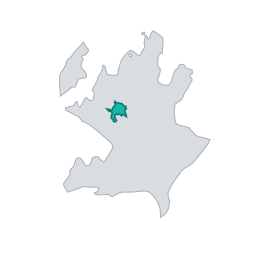 Ağdam highlighted on a map of Azerbaijan, rotated 74°
{"feature_id": "AZE-1691", "entity_name": "Ağdam", "entity_type": "District", "adm_level": 1, "iso_a3": "AZE", "parent_name": "Azerbaijan", "parent_adm1": "", "projection": "equal_earth", "projection_center": [47.008, 40.009], "detail": "fine", "context": "in_parent", "style": "filled", "palette": "teal", "viewbox_px": 256, "rotation_deg": 74, "n_neighbors": 0, "source": "natural_earth", "source_scale": "10m", "svg_char_len": 4031}
<svg xmlns="http://www.w3.org/2000/svg" viewBox="0 0 256 256"><g transform="rotate(74 128 128)"><path d="M172.9,204.0L172.0,204.0L165.0,205.7L163.5,205.1L157.4,197.2L156.2,196.4L153.6,196.0L152.1,194.7L150.8,192.6L150.1,191.0L143.9,186.8L143.0,185.2L142.8,183.8L143.7,182.6L144.8,181.5L147.8,180.5L151.3,179.6L152.5,178.9L153.0,177.8L153.0,176.0L152.4,174.2L147.3,170.9L146.7,169.5L146.6,167.8L146.8,166.0L147.6,164.6L151.7,162.7L153.9,160.7L152.6,158.5L148.1,153.5L142.8,148.0L139.3,147.9L135.2,149.6L128.7,154.3L125.1,156.3L120.5,159.6L115.4,163.3L111.2,167.3L108.6,170.5L103.9,172.0L101.5,174.7L93.7,182.9L91.5,182.8L91.4,178.7L91.5,175.5L91.0,173.6L88.5,171.1L88.5,170.0L89.2,169.3L91.1,169.7L93.6,169.6L94.8,168.6L92.1,165.2L89.8,163.0L87.8,161.5L87.3,160.6L87.3,159.9L87.8,159.2L91.2,157.3L91.5,155.6L91.3,153.7L85.9,151.0L81.8,152.0L78.2,148.9L75.8,146.4L72.9,143.8L70.3,142.4L67.9,139.2L63.5,135.8L60.8,134.9L60.8,134.4L61.3,133.8L62.5,133.2L70.2,133.4L71.2,132.8L71.6,131.3L72.7,129.2L74.0,126.1L73.9,123.5L66.1,119.2L60.5,115.3L56.7,110.2L54.1,105.5L54.2,103.9L55.0,102.5L61.0,98.2L61.4,97.0L61.3,96.3L59.2,94.1L56.5,91.8L55.7,90.1L54.0,89.3L50.8,89.2L45.1,86.4L43.9,86.2L43.7,85.6L44.0,85.1L48.0,83.9L47.9,83.0L46.7,81.8L44.5,80.9L42.4,78.7L41.7,76.7L49.0,70.8L51.2,69.7L55.9,70.8L65.7,74.6L65.1,76.8L66.1,78.0L68.3,79.6L72.6,81.3L76.3,82.1L78.2,81.4L81.0,80.8L84.7,82.7L88.1,85.1L89.8,86.1L90.7,86.4L93.3,85.6L96.4,82.5L97.6,78.7L97.9,76.9L96.1,74.3L92.4,71.6L88.3,69.2L85.6,67.1L83.9,63.0L82.2,62.5L81.8,62.0L81.5,60.6L81.6,58.6L82.2,57.1L83.8,56.4L85.5,56.2L87.1,54.7L89.0,51.9L89.8,50.3L93.4,51.2L93.9,53.7L94.6,54.3L96.1,54.0L98.6,52.9L100.5,53.7L103.1,56.8L106.6,60.0L108.5,62.1L109.3,63.6L111.1,65.1L113.7,66.8L115.8,69.4L117.7,75.6L119.6,77.0L126.5,79.4L128.9,79.9L135.6,80.7L137.9,80.1L141.3,74.8L144.4,69.3L147.3,68.1L152.5,65.5L155.6,63.0L156.9,60.3L159.9,55.2L161.7,52.3L164.8,54.9L170.2,61.8L177.9,73.0L179.8,76.2L181.1,79.9L182.2,84.4L184.0,88.3L191.8,98.4L195.2,102.1L200.8,106.9L202.7,107.9L205.3,108.2L210.0,108.2L214.4,110.1L216.5,111.4L218.8,113.3L220.8,115.5L222.9,121.4L215.3,119.5L207.7,119.8L203.5,121.1L199.3,122.8L195.4,125.2L192.9,130.0L190.9,141.0L188.0,151.4L188.1,156.2L189.5,160.8L189.4,162.9L188.0,163.9L186.2,165.8L184.0,175.4L182.8,177.3L181.3,178.4L180.9,177.3L181.0,174.8L177.6,172.6L175.9,175.1L174.7,180.3L172.3,185.9L172.2,186.9L172.9,204.0ZM60.0,106.5L60.4,105.0L59.4,104.4L58.4,104.3L57.6,105.1L57.5,106.9L58.7,107.2L60.0,106.5ZM34.7,149.5L33.6,147.9L33.1,147.1L36.5,146.4L42.1,144.4L43.6,145.4L45.2,147.4L46.0,149.2L46.1,152.5L46.8,153.0L49.5,151.9L50.7,153.3L52.8,154.9L56.4,156.5L61.7,154.0L64.3,153.3L66.4,153.4L67.6,154.2L68.0,156.7L67.5,159.9L66.9,161.6L68.0,162.9L72.3,166.0L74.1,167.7L73.2,170.6L76.4,177.8L77.4,180.7L78.7,184.1L72.1,182.8L60.3,179.8L57.1,178.3L54.0,174.3L52.2,172.4L49.5,169.9L47.3,168.9L45.6,167.2L44.7,164.6L43.3,162.3L40.9,159.6L35.4,150.4L34.7,149.5ZM42.3,88.3L41.6,88.8L40.5,88.3L40.2,87.2L40.3,86.0L41.4,85.7L42.3,86.1L42.5,87.1L42.3,88.3Z" fill="#d9dde1" stroke="#a8b0b8" stroke-width="1"/><path d="M99.9,134.0L98.7,133.1L99.4,132.7L99.7,132.5L100.9,132.4L101.0,130.8L101.5,129.6L102.4,128.7L102.6,127.2L103.0,127.0L103.2,126.9L104.5,126.3L106.6,125.3L106.4,124.6L106.6,124.0L107.1,124.2L107.4,124.5L108.3,124.7L109.1,124.3L109.7,125.2L110.0,126.3L110.9,126.6L111.3,126.5L111.9,126.4L114.3,126.2L116.7,126.3L115.3,127.7L113.7,128.8L113.6,129.8L114.6,130.7L113.6,131.5L113.4,131.6L112.4,131.9L112.3,133.1L112.3,134.4L111.8,134.7L111.4,135.0L112.1,137.2L114.9,137.8L116.4,137.2L117.9,137.0L118.6,138.3L117.9,139.9L117.7,140.1L117.4,140.3L116.9,140.1L116.3,140.0L115.4,140.1L115.2,140.1L115.1,140.3L114.9,140.6L114.7,140.8L114.2,141.5L112.3,141.0L110.5,139.8L109.1,139.1L107.6,139.4L107.2,140.7L106.6,141.8L105.2,142.3L103.9,143.0L104.5,141.8L104.6,141.6L105.3,140.5L105.4,140.3L106.0,139.4L106.3,138.2L105.0,137.5L104.4,137.0L103.8,136.4L103.6,135.9L102.9,134.4L101.3,133.6L99.9,134.0Z" fill="#14b8a6" stroke="#0f766e" stroke-width="1.5"/></g></svg>